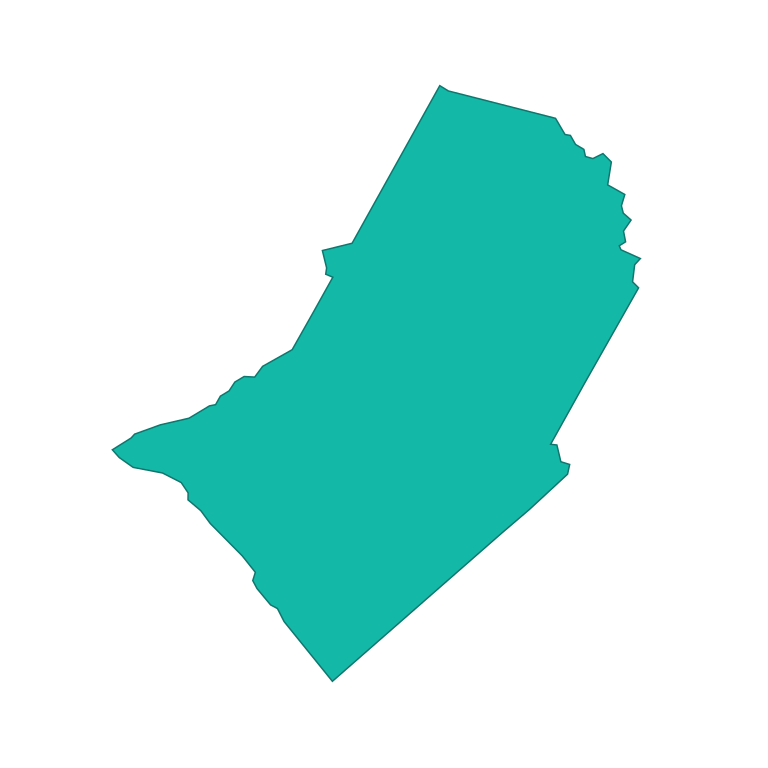 Merced, California, United States of America, rotated 166°
{"feature_id": "52423323B6642778687362", "entity_name": "Merced", "entity_type": "district", "adm_level": 2, "iso_a3": "USA", "parent_name": "United States of America", "parent_adm1": "California", "projection": "equal_earth", "projection_center": [-120.697, 37.187], "detail": "fine", "context": "isolated", "style": "filled", "palette": "teal", "viewbox_px": 768, "rotation_deg": 166, "n_neighbors": 0, "source": "geoboundaries", "source_scale": "gbopen_adm2", "svg_char_len": 999}
<svg xmlns="http://www.w3.org/2000/svg" viewBox="0 0 768 768"><g transform="rotate(166 384 384)"><path d="M257.7,660.0L380.9,528.3L411.5,528.4L411.6,510.5L414.0,504.6L407.8,500.0L434.4,471.6L464.8,439.5L497.5,430.5L507.8,422.0L517.9,425.1L528.2,422.0L536.0,414.8L545.7,411.8L552.4,404.7L558.7,405.0L581.5,398.0L610.8,398.5L638.1,395.7L642.4,392.8L663.5,385.9L658.7,376.7L647.6,363.8L620.4,351.2L604.6,337.4L600.4,325.8L602.2,319.0L592.4,305.4L586.3,290.6L563.1,251.5L554.4,232.4L558.9,225.0L556.7,216.2L547.5,197.1L541.7,191.9L538.4,177.6L506.0,108.0L306.3,210.6L273.2,227.1L227.7,252.1L223.3,261.0L231.2,265.8L231.0,283.0L236.9,285.2L188.9,336.5L113.7,415.7L118.1,423.0L111.9,439.1L104.9,443.7L121.6,456.9L122.3,461.2L115.2,463.5L114.6,474.5L104.6,483.3L110.5,491.9L110.5,499.5L104.5,509.6L118.8,523.1L109.7,544.4L115.8,554.6L126.8,552.2L133.5,556.0L133.3,563.3L140.2,570.1L143.0,580.1L148.0,582.3L153.3,600.3L250.7,652.8L257.7,660.0Z" fill="#14b8a6" stroke="#0f766e" stroke-width="1.5"/></g></svg>